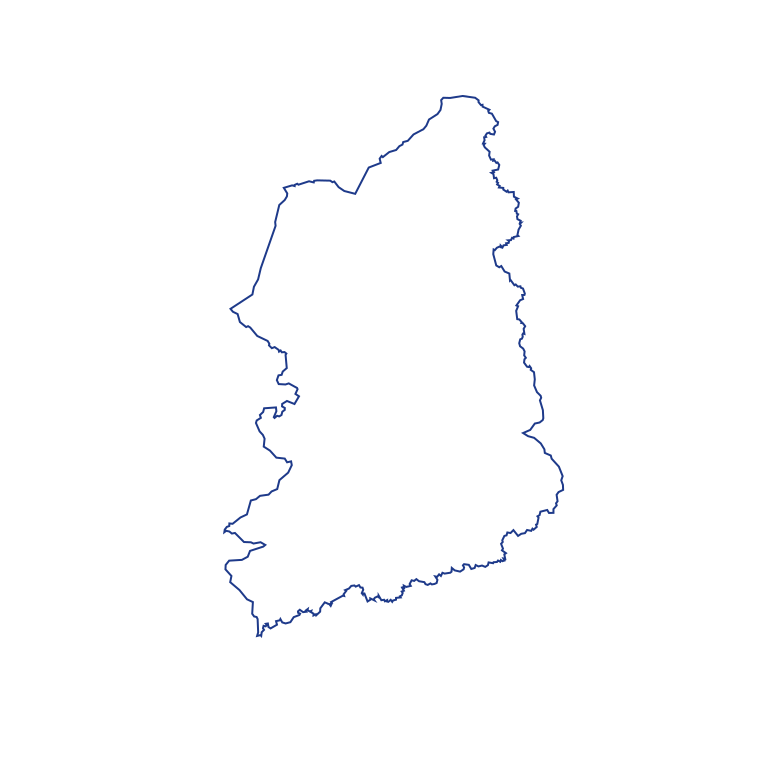 Song Dao, Sakon Nakhon, Thailand (Mercator projection), rotated 316°
{"feature_id": "78962969B97836103025475", "entity_name": "Song Dao", "entity_type": "district", "adm_level": 2, "iso_a3": "THA", "parent_name": "Thailand", "parent_adm1": "Sakon Nakhon", "projection": "mercator", "projection_center": [103.442, 17.315], "detail": "fine", "context": "isolated", "style": "outline", "palette": "blue", "viewbox_px": 768, "rotation_deg": 316, "n_neighbors": 0, "source": "geoboundaries", "source_scale": "gbopen_adm2", "svg_char_len": 6142}
<svg xmlns="http://www.w3.org/2000/svg" viewBox="0 0 768 768"><g transform="rotate(316 384 384)"><path d="M394.6,592.9L395.7,590.8L397.0,591.2L402.3,587.5L402.5,585.8L404.8,586.4L407.8,584.5L413.9,588.0L413.1,591.4L416.4,594.4L419.0,591.7L423.9,591.3L424.9,589.3L427.4,588.9L431.2,583.6L434.5,583.0L439.3,584.6L442.6,580.9L444.6,576.4L448.5,574.4L452.4,564.9L452.7,554.2L454.3,551.3L451.8,545.3L454.0,542.4L455.5,535.7L454.6,527.0L451.4,521.6L450.0,515.9L457.3,518.6L465.0,517.2L469.2,519.8L473.1,520.2L474.8,519.3L480.1,513.2L484.8,504.1L487.5,503.1L488.5,501.3L488.4,496.1L491.0,489.3L495.7,485.4L500.1,479.7L499.4,475.7L500.8,474.9L501.2,472.2L500.0,472.5L498.9,470.9L499.6,465.9L502.2,463.8L504.2,463.7L504.7,460.8L507.8,458.2L508.7,455.2L508.1,451.4L509.6,448.6L513.0,446.5L514.7,447.2L516.6,446.4L517.9,444.6L519.2,444.3L519.8,445.5L522.8,441.3L525.7,440.5L526.1,436.7L525.2,435.5L526.0,435.2L526.2,431.6L524.9,429.9L529.9,423.2L534.5,421.2L533.8,419.5L540.1,418.3L543.1,419.5L545.2,416.0L546.9,417.5L548.1,416.8L550.3,411.9L549.3,409.8L550.0,408.5L547.9,406.9L547.9,403.9L546.4,403.5L547.3,397.1L546.5,397.1L550.9,391.6L548.9,386.9L550.3,380.6L548.0,380.1L547.1,376.7L552.8,366.5L556.3,363.4L556.7,364.7L559.8,364.4L562.6,365.4L563.0,366.6L564.1,365.5L564.1,368.1L566.3,367.3L568.9,369.2L569.6,367.6L571.7,369.1L573.3,368.0L573.1,366.9L575.3,368.7L577.6,367.8L578.2,369.3L579.4,368.4L583.5,370.9L583.5,369.5L588.1,366.4L592.4,365.2L592.8,363.2L594.7,363.2L593.8,362.5L595.7,361.5L594.5,358.1L596.1,355.8L598.4,355.1L597.9,353.7L599.4,351.5L598.6,350.6L600.6,349.2L603.6,349.7L606.9,347.3L607.2,342.8L609.0,343.5L607.6,339.5L610.7,336.0L606.7,332.6L607.3,330.8L605.7,330.8L604.9,327.0L606.0,325.8L603.2,322.5L604.8,321.9L604.0,319.0L605.8,318.5L605.5,316.8L607.0,316.2L608.0,313.6L606.1,312.4L608.6,309.0L608.0,306.7L610.2,307.9L610.5,306.1L615.1,309.0L619.1,306.5L619.6,303.5L618.4,303.0L618.8,300.0L617.7,299.3L618.9,298.5L616.8,296.9L618.3,292.7L621.3,290.3L620.9,283.8L621.7,281.3L623.4,281.1L622.3,279.8L625.7,278.5L627.4,276.1L629.1,277.2L629.5,275.8L632.1,275.2L634.5,276.4L634.2,277.9L636.4,280.9L639.1,279.7L640.1,276.3L642.7,275.6L645.7,276.5L648.0,274.9L647.3,272.8L649.4,264.5L647.8,261.8L648.7,259.9L650.3,259.9L647.6,253.0L648.8,251.6L647.5,250.8L647.8,246.9L649.1,245.7L648.4,241.4L640.6,231.4L630.3,224.2L625.5,219.3L622.3,219.5L620.1,222.6L615.0,226.1L610.0,227.0L600.1,225.0L593.9,227.6L589.4,228.1L578.6,225.0L570.0,225.6L565.9,223.3L563.6,224.6L560.3,223.6L555.3,224.1L548.9,220.8L540.8,220.0L540.7,218.3L537.4,218.9L535.2,222.7L523.4,217.7L495.4,227.2L489.5,217.6L488.1,210.9L488.9,203.8L487.1,203.0L486.6,200.4L477.4,191.1L474.9,189.3L473.5,190.2L470.9,186.1L460.9,181.2L460.7,179.7L457.9,178.7L457.2,179.5L455.9,177.3L448.2,173.3L446.8,179.7L444.5,181.6L440.4,182.7L433.0,182.5L418.2,191.9L415.9,194.9L375.8,215.1L366.1,221.3L358.0,223.7L351.5,228.2L325.8,223.3L325.5,227.1L327.3,232.0L323.4,239.3L324.4,247.3L326.4,248.0L327.0,250.5L326.2,261.4L330.2,272.2L329.5,275.4L328.1,276.3L328.2,280.3L331.0,281.5L331.9,286.2L331.0,287.8L332.9,288.1L332.5,290.2L334.6,291.9L334.9,294.3L333.4,294.7L325.1,305.0L319.8,304.7L316.7,306.3L314.1,304.5L309.6,306.8L308.2,310.9L312.8,315.9L315.9,317.4L318.7,326.5L318.2,327.7L313.4,329.6L314.3,333.8L305.7,336.2L302.4,328.8L296.9,327.6L295.1,329.3L296.0,332.3L294.6,333.7L291.6,333.3L288.7,335.1L286.1,334.5L285.0,332.6L281.7,332.4L281.7,331.3L287.7,328.8L290.0,325.8L280.9,318.2L277.6,320.2L273.2,320.1L271.9,322.8L267.1,321.8L264.8,323.1L261.6,331.7L261.5,336.5L260.1,340.4L254.0,345.5L255.7,352.7L255.4,362.2L260.8,368.7L259.9,373.0L263.4,375.1L261.3,378.3L253.5,381.2L242.0,380.5L234.2,385.4L228.5,383.2L224.1,383.4L217.1,378.3L211.9,377.9L207.3,375.3L194.8,382.6L188.0,380.3L178.0,379.4L175.9,376.9L174.0,378.7L171.7,377.6L168.3,378.1L166.2,379.7L168.5,380.0L170.3,382.7L170.7,385.9L173.3,387.6L173.5,400.4L178.3,405.4L179.3,408.1L185.3,412.1L186.8,417.3L184.2,417.1L171.7,411.0L166.0,413.6L159.6,411.8L149.9,403.5L144.4,404.2L141.2,407.2L140.9,416.1L135.7,419.7L136.9,431.8L135.9,443.7L138.2,449.8L129.6,457.7L129.1,461.0L130.5,463.1L129.8,465.3L120.9,475.3L117.7,477.1L120.7,478.8L120.7,479.9L123.6,477.6L126.9,477.5L127.3,475.6L129.4,474.3L130.5,476.1L132.2,476.0L132.4,474.4L134.1,475.6L132.1,478.5L132.6,481.0L139.8,482.8L141.6,479.6L144.9,481.6L146.2,481.1L145.2,484.8L146.9,487.9L151.2,490.3L157.1,489.0L162.7,491.4L164.1,490.9L163.3,488.9L164.2,487.8L166.6,487.9L167.3,491.9L170.0,493.9L170.3,492.6L172.8,492.9L171.9,493.5L172.6,496.1L174.2,496.7L173.0,497.4L173.8,500.3L172.5,501.5L175.0,502.3L174.5,503.3L179.9,503.4L182.4,501.1L189.7,499.9L191.7,504.5L191.5,506.6L193.0,506.0L192.1,504.7L194.4,505.3L194.5,504.1L207.4,507.7L208.1,508.8L208.9,507.2L213.1,506.6L212.9,505.3L216.7,506.8L220.2,506.5L222.8,508.4L222.9,510.1L226.3,511.3L225.7,514.0L227.1,515.6L226.1,517.6L222.7,519.0L222.5,520.8L223.5,520.1L224.4,521.1L221.1,529.0L224.3,529.7L225.2,528.7L226.8,533.0L227.0,531.7L229.0,531.4L231.7,532.3L232.0,533.6L233.2,532.4L231.9,537.7L234.2,539.3L233.7,540.9L236.0,541.6L235.0,542.4L235.8,543.7L238.9,543.9L238.6,546.4L240.1,546.0L242.8,547.5L244.1,546.2L247.7,549.1L248.0,547.8L250.0,548.4L252.3,547.3L252.6,545.6L254.7,546.5L255.6,542.9L256.6,543.4L256.2,545.6L258.2,542.8L259.0,545.4L263.0,547.8L263.5,545.7L267.5,544.4L268.9,546.6L271.7,546.8L272.2,550.2L275.4,554.6L274.8,556.8L275.9,558.9L278.9,559.7L279.2,561.4L281.4,562.9L283.6,563.7L286.4,562.0L287.2,558.0L288.3,559.6L291.4,559.2L291.6,561.6L294.9,560.4L295.9,562.5L300.6,565.8L302.2,565.9L305.0,563.4L305.4,567.2L308.4,571.8L312.5,572.6L314.2,571.6L314.8,569.3L316.4,569.2L319.4,573.0L318.3,577.7L321.4,579.3L324.2,577.9L325.2,580.8L328.4,582.7L329.8,585.9L332.9,586.5L335.3,585.0L338.0,588.7L339.0,588.3L341.6,590.5L343.4,590.2L344.1,592.6L345.8,591.8L346.1,593.7L348.1,594.7L348.7,592.5L349.7,594.0L352.2,590.1L354.2,590.4L353.3,585.6L355.2,585.1L357.2,580.3L359.7,580.1L360.5,578.6L365.1,576.9L367.0,578.0L369.6,576.5L371.5,579.1L375.6,579.0L374.9,586.4L378.7,587.1L381.8,589.2L385.5,588.4L387.9,591.9L390.3,591.2L390.4,592.7L394.6,592.9Z" fill="none" stroke="#1e3a8a" stroke-width="2"/></g></svg>